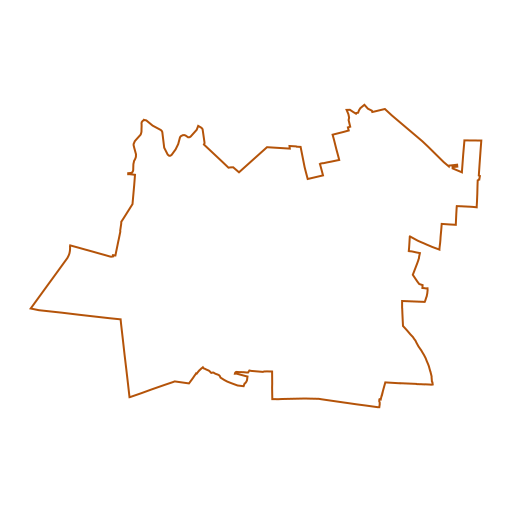 outline of Murfatlar, Constanta, Romania
{"feature_id": "2599482B52491114446057", "entity_name": "Murfatlar", "entity_type": "district", "adm_level": 2, "iso_a3": "ROU", "parent_name": "Romania", "parent_adm1": "Constanta", "projection": "mercator", "projection_center": [28.386, 44.17], "detail": "fine", "context": "isolated", "style": "outline", "palette": "amber", "viewbox_px": 512, "rotation_deg": 0, "n_neighbors": 0, "source": "geoboundaries", "source_scale": "gbopen_adm2", "svg_char_len": 5543}
<svg xmlns="http://www.w3.org/2000/svg" viewBox="0 0 512 512"><path d="M481.3,140.5L476.7,140.5L464.4,140.4L464.4,140.8L463.2,154.5L462.5,163.9L461.9,172.0L461.9,172.3L452.6,168.4L452.6,167.1L457.3,166.6L457.1,164.7L453.0,165.2L448.9,165.6L448.8,166.4L443.7,162.1L428.2,146.8L422.4,141.3L391.7,115.3L384.9,109.0L374.1,111.6L372.3,112.0L371.9,110.7L367.9,108.7L364.4,104.8L360.3,108.2L359.0,110.3L358.1,112.7L356.4,113.0L356.0,113.7L352.9,111.8L349.9,109.8L346.6,109.9L348.4,114.2L349.1,117.6L348.6,120.1L350.2,126.7L347.9,127.4L348.7,130.5L343.3,132.0L337.3,133.5L332.6,134.7L334.1,140.2L335.4,145.4L336.4,149.4L337.6,153.8L338.8,158.3L339.2,160.0L337.5,160.3L331.3,161.6L327.1,162.4L325.8,162.7L323.5,163.2L322.6,163.2L320.5,163.6L319.9,164.0L320.1,164.5L322.2,172.3L323.0,175.4L307.7,179.0L305.8,171.8L304.6,167.1L300.6,146.9L296.6,146.7L296.2,146.4L289.5,146.0L289.8,148.6L267.0,147.2L239.0,172.3L233.2,167.3L230.2,167.4L228.5,167.7L221.9,161.4L203.9,144.5L204.5,143.3L204.5,142.5L202.6,129.3L202.1,128.5L201.3,127.7L198.2,125.9L196.7,129.8L190.7,136.5L189.6,137.2L188.1,137.3L185.7,135.6L184.5,135.1L183.0,135.1L180.8,136.2L180.0,137.3L178.2,144.1L175.6,149.4L171.6,154.9L170.4,155.7L169.2,155.8L167.7,154.6L164.2,147.7L162.3,132.1L161.8,131.0L160.8,130.0L156.7,127.8L152.6,125.6L146.3,120.4L144.5,120.0L144.1,119.9L144.1,120.2L143.8,120.2L143.4,120.4L142.7,120.9L141.7,122.2L141.5,123.6L141.6,124.5L141.6,126.4L141.5,129.0L141.5,131.3L141.3,132.6L140.7,134.5L140.5,134.8L136.0,139.8L134.8,141.2L133.6,144.1L133.6,145.2L134.2,147.7L136.0,154.3L135.9,156.8L135.6,157.8L135.0,159.3L134.0,161.1L133.9,161.9L133.4,164.1L133.3,166.8L133.2,170.2L133.0,170.8L132.8,171.5L132.5,171.9L132.0,172.5L131.5,172.8L131.0,173.0L130.4,173.0L128.2,173.2L128.2,174.2L129.8,174.2L135.0,174.8L134.2,185.1L132.5,204.1L131.3,206.0L127.4,212.2L123.5,218.4L122.0,220.7L121.3,221.7L121.2,223.8L120.5,228.6L120.2,230.6L120.3,231.7L118.6,240.0L118.5,240.3L117.3,246.2L116.0,252.5L115.4,255.5L114.0,255.4L113.7,255.2L113.0,255.2L113.1,256.4L111.4,256.7L110.3,256.6L105.1,255.1L98.6,253.3L93.0,251.7L86.5,249.9L86.4,249.9L78.6,247.7L70.2,245.4L70.0,246.5L70.1,247.7L70.0,249.9L69.8,251.5L69.4,253.5L68.7,255.4L67.4,258.0L53.9,276.6L48.5,284.0L30.7,308.5L38.9,310.2L62.0,312.7L78.6,314.7L90.9,316.1L109.4,318.2L120.2,319.3L120.6,319.3L121.0,323.4L122.8,339.0L124.5,354.2L126.3,369.3L128.1,384.8L129.5,397.2L130.0,397.1L141.3,393.2L151.4,389.5L164.3,385.0L172.9,382.1L174.7,381.4L188.8,383.4L189.0,383.4L190.9,380.8L191.8,379.6L193.1,377.8L194.3,376.0L195.4,374.5L196.1,373.4L196.6,373.7L196.8,373.6L196.9,373.3L197.0,373.2L197.3,372.8L197.6,372.5L197.8,372.2L198.0,372.0L198.2,371.7L198.4,371.4L198.7,371.2L198.8,371.0L198.9,370.9L199.1,370.7L199.3,370.5L199.3,370.4L199.6,370.2L199.8,370.0L200.1,369.7L200.3,369.5L200.6,369.2L200.8,369.0L201.1,368.8L201.3,368.5L201.6,368.3L201.9,368.1L202.4,367.7L202.7,367.5L202.9,367.3L203.6,368.3L205.3,369.0L206.0,369.4L207.6,370.1L208.6,370.5L209.2,370.9L209.9,371.5L211.1,372.8L211.5,372.9L212.2,372.7L213.0,372.5L213.7,372.7L214.7,373.4L216.3,374.1L217.6,374.5L219.0,375.2L219.5,375.7L219.9,376.2L220.2,376.9L220.5,377.6L224.3,380.0L227.3,381.6L231.1,383.1L237.6,385.5L243.6,386.2L244.6,383.5L244.9,383.4L245.5,382.9L246.4,381.6L247.0,380.2L247.5,376.5L245.7,376.1L236.4,373.6L234.9,373.7L235.0,373.2L235.3,372.6L236.0,372.0L236.5,371.9L238.8,372.1L243.7,372.2L246.6,372.5L247.5,372.5L248.1,372.5L249.4,370.5L251.1,370.9L257.0,371.4L262.9,371.9L264.1,371.5L266.6,371.4L272.1,371.5L272.2,383.7L272.1,387.6L272.3,399.1L275.1,399.1L276.7,399.2L278.2,399.2L282.2,399.0L305.5,398.5L308.1,398.6L317.7,398.8L318.7,398.8L321.7,399.3L326.5,400.0L345.9,402.8L346.0,402.8L353.6,403.9L357.1,404.4L365.6,405.5L377.8,407.2L379.3,407.2L379.7,404.3L379.7,402.5L379.2,401.2L379.4,399.3L379.8,399.1L380.2,399.3L380.7,399.5L381.7,395.4L381.9,395.4L382.5,392.9L382.4,392.9L385.3,382.4L398.4,383.2L400.2,383.3L400.2,383.2L416.3,383.9L416.4,384.0L417.0,384.1L417.8,384.1L418.4,384.1L419.2,384.2L421.1,384.2L422.6,384.3L424.8,384.4L425.0,384.3L430.6,384.6L430.8,384.7L431.8,384.7L432.2,384.6L432.7,384.5L432.4,382.2L432.0,381.8L431.9,381.4L431.7,378.6L431.6,377.8L431.6,376.4L430.4,371.5L430.3,371.4L429.7,369.3L428.9,366.3L428.1,364.2L426.6,360.7L425.7,358.3L424.0,355.0L422.3,352.2L421.4,350.6L418.6,346.6L418.2,345.9L416.4,342.6L415.4,340.5L415.3,340.4L414.2,339.0L412.9,337.0L410.4,334.4L407.2,330.6L404.5,327.6L403.9,327.0L403.5,326.5L403.0,326.0L402.7,320.1L402.4,313.6L402.2,308.5L402.2,308.3L402.1,308.1L402.1,307.5L402.1,301.0L424.7,301.9L424.8,301.7L425.3,300.5L426.1,297.9L426.7,296.3L427.3,293.2L427.6,290.1L427.5,288.3L426.1,288.4L425.7,288.4L424.7,288.2L422.4,288.0L422.6,285.1L419.2,284.0L417.3,281.5L412.8,274.8L415.5,267.8L417.3,263.1L418.4,260.0L418.4,259.7L418.9,258.5L419.1,256.8L419.9,253.1L416.2,252.4L413.2,251.7L411.7,251.4L410.7,251.3L409.7,251.2L409.2,251.2L409.0,250.9L408.8,250.9L409.1,247.8L409.4,243.2L409.8,236.5L409.9,236.4L414.3,238.8L417.2,240.4L418.2,240.9L421.4,242.3L423.6,243.2L426.7,244.6L430.5,246.2L432.1,246.9L434.8,247.9L437.3,248.8L439.4,249.6L439.4,249.4L439.6,247.1L440.1,243.2L440.4,239.9L440.6,236.7L441.2,230.3L441.7,223.9L448.7,224.4L455.8,224.8L455.9,222.3L456.3,213.6L456.7,206.9L456.8,206.1L461.7,206.3L467.7,206.6L469.8,206.7L472.9,206.9L476.7,207.3L476.7,206.4L477.0,201.3L477.3,193.7L477.5,185.8L477.7,180.6L477.7,180.4L478.3,180.1L478.8,179.4L479.0,179.3L479.3,179.4L479.9,176.0L478.8,175.5L479.6,163.7L480.0,158.1L480.5,151.1L481.3,140.5Z" fill="none" stroke="#b45309" stroke-width="2"/></svg>